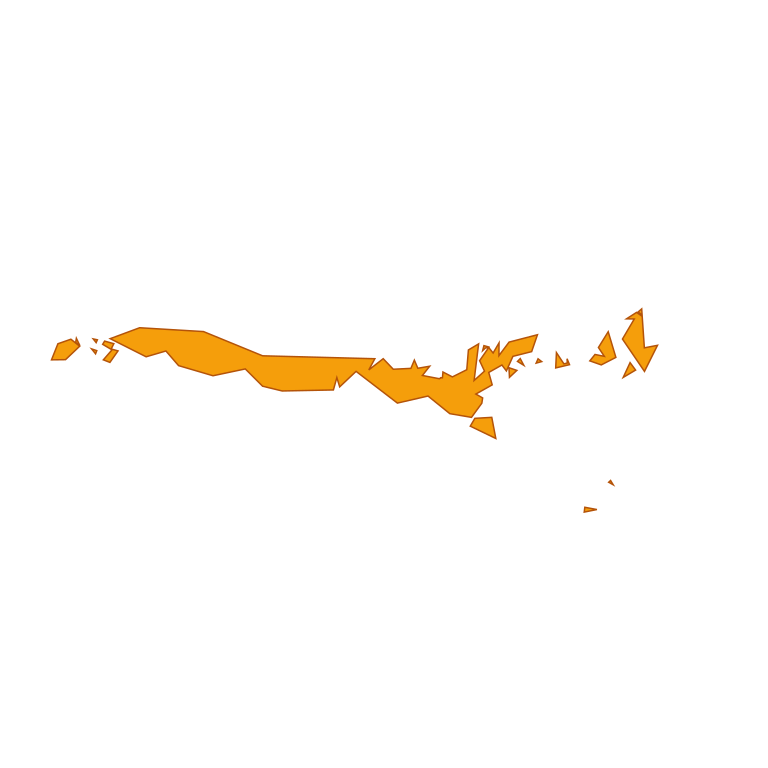 Palawan, Palawan, Philippines, rotated 53°
{"feature_id": "2640588B20950743061684", "entity_name": "Palawan", "entity_type": "district", "adm_level": 2, "iso_a3": "PHL", "parent_name": "Philippines", "parent_adm1": "Palawan", "projection": "orthographic", "projection_center": [119.327, 9.944], "detail": "medium", "context": "isolated", "style": "filled", "palette": "amber", "viewbox_px": 768, "rotation_deg": 53, "n_neighbors": 0, "source": "geoboundaries", "source_scale": "gbopen_adm2", "svg_char_len": 1975}
<svg xmlns="http://www.w3.org/2000/svg" viewBox="0 0 768 768"><g transform="rotate(53 384 384)"><path d="M463.3,334.2L458.2,317.4L454.5,313.6L447.3,316.7L449.8,298.1L437.8,293.4L439.8,278.4L447.2,278.4L439.5,264.4L447.0,246.6L437.0,231.8L425.8,258.9L430.5,275.1L420.4,267.4L424.9,278.2L417.9,278.4L422.9,293.6L434.2,296.0L435.4,309.9L408.9,284.3L407.6,296.1L422.4,309.3L419.5,325.1L409.9,329.7L414.2,333.6L413.1,334.9L413.4,335.4L413.1,336.0L413.1,336.3L412.8,336.7L412.9,336.8L400.3,348.2L397.3,336.8L391.8,347.5L383.2,345.4L387.7,353.1L377.8,367.7L363.3,369.4L363.6,387.7L358.3,376.1L288.4,464.0L233.5,496.6L192.0,545.3L183.0,575.4L219.1,557.6L226.4,538.3L245.7,537.0L274.5,515.6L288.5,485.7L312.7,482.3L328.3,469.5L358.3,428.0L350.5,417.8L359.6,421.1L357.1,398.7L407.3,384.8L420.1,356.1L447.3,349.3L463.3,334.2ZM511.8,154.3L479.1,133.0L479.4,137.7L482.4,136.8L484.5,136.7L484.9,137.2L478.8,139.2L477.9,151.1L482.7,145.0L491.6,166.5L530.7,168.4L517.7,142.3L511.8,154.3ZM502.3,182.8L477.2,173.5L483.9,190.8L494.5,191.4L487.4,197.7L489.4,205.7L499.5,199.0L502.3,182.8ZM469.6,340.5L494.8,327.5L475.5,318.0L466.1,332.1L469.6,340.5ZM170.7,604.3L159.8,607.1L155.6,620.2L164.6,635.0L172.9,623.7L170.7,604.3ZM197.5,576.5L192.9,580.0L195.8,593.6L201.8,589.9L197.5,576.5ZM480.2,224.2L474.0,222.6L477.5,225.0L476.2,228.2L462.7,227.4L474.5,237.2L480.2,224.2ZM524.3,174.7L515.0,174.6L522.7,189.0L524.3,174.7ZM612.4,289.5L603.3,297.8L606.8,301.2L612.4,289.5ZM453.1,269.7L446.2,274.4L454.2,279.8L453.1,269.7ZM189.2,575.5L181.6,581.3L183.0,584.8L192.0,581.1L189.2,575.5ZM453.2,261.1L445.7,259.9L446.3,263.8L453.2,261.1ZM170.4,603.8L162.4,602.2L165.2,605.2L170.4,603.8ZM418.2,277.5L413.5,281.1L416.7,285.1L416.3,281.4L418.2,277.5ZM184.5,593.3L180.0,596.4L186.3,596.2L184.5,593.3ZM176.2,586.3L173.0,589.1L177.7,589.0L176.2,586.3ZM461.0,244.6L456.6,245.8L458.9,249.9L461.0,244.6ZM602.4,261.6L597.4,261.1L597.7,263.7L602.4,261.6Z" fill="#f59e0b" stroke="#b45309" stroke-width="1.5"/></g></svg>